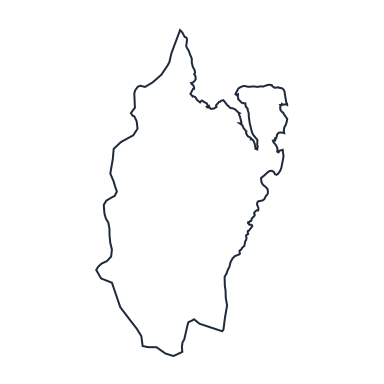 the district of Ndian, Sud-Ouest, Cameroon, rotated 176°
{"feature_id": "32672807B48556267066765", "entity_name": "Ndian", "entity_type": "district", "adm_level": 2, "iso_a3": "CMR", "parent_name": "Cameroon", "parent_adm1": "Sud-Ouest", "projection": "natural_earth1", "projection_center": [8.796, 4.86], "detail": "fine", "context": "isolated", "style": "outline", "palette": "slate", "viewbox_px": 384, "rotation_deg": 176, "n_neighbors": 0, "source": "geoboundaries", "source_scale": "gbopen_adm2", "svg_char_len": 4078}
<svg xmlns="http://www.w3.org/2000/svg" viewBox="0 0 384 384"><g transform="rotate(176 192 192)"><path d="M202.8,332.0L205.6,322.9L207.7,319.7L214.3,311.2L221.5,305.7L224.0,303.9L231.5,300.1L236.3,301.6L238.8,300.7L241.6,297.4L242.7,294.4L242.9,286.5L243.1,279.9L244.7,278.3L247.4,275.0L246.0,272.3L244.3,271.5L242.3,266.5L242.1,262.9L241.9,259.0L246.6,252.7L259.4,246.8L267.1,240.5L268.7,230.4L270.3,223.9L271.0,221.2L272.2,216.0L269.6,208.5L268.9,205.6L268.5,203.5L266.9,197.7L269.4,193.5L272.4,192.2L278.0,189.4L280.9,185.3L280.9,179.7L280.8,176.3L279.7,171.3L277.6,167.3L276.9,161.0L277.3,154.9L277.1,147.2L275.9,140.1L277.2,133.2L281.7,129.0L287.2,126.9L290.6,124.2L293.0,120.9L288.7,112.1L278.2,107.1L271.6,82.1L261.1,66.1L256.5,59.3L252.6,51.7L252.0,41.8L246.7,40.3L238.2,39.6L232.1,34.6L229.7,32.7L223.0,30.1L221.8,29.7L212.8,33.2L212.9,38.1L211.9,42.8L210.0,45.5L205.6,60.0L204.6,62.4L200.4,64.0L198.9,64.9L193.6,60.0L171.6,51.0L170.2,52.6L168.0,63.8L166.7,69.1L164.9,76.5L165.7,83.8L165.5,88.9L165.4,91.7L165.8,96.2L165.5,102.6L165.4,105.0L163.1,108.5L161.7,112.0L160.1,114.3L159.7,115.4L159.2,117.0L158.3,119.7L155.9,123.2L153.8,125.0L148.9,126.6L148.5,127.2L148.8,128.8L148.6,130.2L147.0,131.1L145.9,132.7L143.5,134.7L142.4,139.0L141.4,140.3L140.8,142.3L141.2,144.4L140.8,145.2L138.9,146.2L139.3,148.1L139.0,149.1L138.8,149.1L138.0,149.4L134.3,153.6L134.4,154.5L135.0,155.1L137.1,155.4L138.3,157.1L138.2,157.2L138.0,158.0L136.9,157.9L136.3,158.8L135.3,158.9L134.6,159.5L134.3,161.4L131.7,163.5L130.9,164.9L131.6,166.3L131.1,167.4L128.9,169.2L127.3,169.0L126.9,170.5L126.9,171.6L128.0,174.8L127.7,176.7L126.8,178.0L122.0,178.7L120.3,179.9L118.5,183.0L117.2,184.0L116.5,185.4L116.2,187.2L116.4,189.5L117.6,191.3L120.9,194.5L122.0,196.9L122.2,201.1L118.7,203.5L115.0,206.5L113.1,207.5L111.0,207.6L109.0,206.4L108.0,204.0L106.5,203.3L105.1,203.9L102.8,206.7L102.7,206.8L101.2,209.8L99.3,216.9L98.2,221.3L98.6,227.8L101.3,227.2L102.0,227.0L102.3,226.4L102.9,225.5L104.2,226.3L104.0,227.4L103.7,229.2L104.3,231.3L105.4,233.5L107.3,236.1L107.7,237.6L106.8,237.8L105.5,237.5L105.3,238.1L105.6,238.8L105.3,239.8L104.6,239.5L104.1,240.0L103.3,242.7L103.1,243.4L102.1,244.5L100.9,245.2L97.4,244.9L95.9,244.3L96.1,246.8L95.4,250.1L94.0,252.1L92.8,254.8L91.9,258.3L94.9,263.2L95.5,264.9L96.3,265.2L98.1,267.7L97.9,268.7L98.3,269.7L97.6,271.6L98.0,272.6L96.6,272.6L96.2,273.6L95.3,272.7L92.3,273.0L91.0,272.2L91.0,273.2L91.8,275.3L92.8,286.3L93.6,287.9L95.2,289.3L96.0,289.5L97.7,289.8L98.4,290.4L102.2,290.2L104.5,291.9L104.9,293.0L107.2,293.6L109.5,293.4L113.8,292.2L115.8,292.6L119.5,292.3L122.9,293.0L128.6,293.0L132.1,294.1L132.7,294.1L134.4,293.9L136.6,293.1L138.5,292.0L141.5,287.4L141.8,286.5L140.9,285.7L139.3,286.3L139.3,285.5L139.9,285.0L139.3,282.6L139.5,281.5L136.1,277.5L135.0,277.3L133.4,276.6L132.6,276.7L132.4,273.2L131.6,272.6L130.6,271.0L130.8,270.3L129.9,266.3L130.1,263.6L129.6,256.4L128.0,247.3L126.8,244.5L123.6,240.0L123.1,239.0L123.7,234.5L123.2,232.6L123.7,232.0L123.9,229.9L125.6,230.6L126.1,235.8L127.1,239.0L128.4,240.4L129.7,240.4L129.5,241.5L129.8,242.1L132.3,243.6L132.9,244.6L134.0,247.1L133.5,248.5L136.2,252.3L137.1,255.1L139.7,257.2L138.0,257.0L137.8,257.5L138.8,263.4L139.7,266.2L139.6,267.0L139.0,267.3L140.3,268.1L142.9,271.2L145.6,272.7L147.4,273.0L148.3,273.5L149.5,275.1L150.4,275.7L154.3,281.4L156.6,281.0L157.4,280.2L158.8,280.0L160.2,278.4L161.3,277.6L162.0,276.6L161.6,275.2L164.4,273.7L167.3,273.6L168.6,274.8L168.9,276.1L169.6,275.2L170.9,275.4L171.3,275.9L170.3,276.2L170.2,277.0L171.1,279.4L174.2,281.3L175.2,282.4L176.1,282.5L177.7,280.8L180.7,283.6L182.0,286.4L184.4,287.6L184.7,287.3L186.7,290.0L183.7,294.8L182.7,294.8L182.6,296.0L183.3,298.4L184.8,299.7L185.3,300.8L183.4,301.2L182.2,302.1L180.5,304.1L180.4,306.9L180.9,308.5L181.6,309.2L181.2,309.9L180.6,311.0L180.9,313.4L182.5,316.9L183.2,321.2L182.9,324.6L183.2,326.1L184.5,329.6L185.3,332.9L187.1,336.3L187.6,338.1L186.8,341.8L186.4,344.3L186.5,345.8L187.2,346.7L188.5,347.2L190.5,351.7L192.6,354.3L202.8,332.0Z" fill="none" stroke="#1e293b" stroke-width="2"/></g></svg>